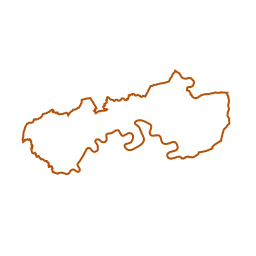 Bang Khla, Chachoengsao, Thailand, rotated 256°
{"feature_id": "78962969B14238280937071", "entity_name": "Bang Khla", "entity_type": "district", "adm_level": 2, "iso_a3": "THA", "parent_name": "Thailand", "parent_adm1": "Chachoengsao", "projection": "natural_earth1", "projection_center": [101.218, 13.751], "detail": "fine", "context": "isolated", "style": "outline", "palette": "amber", "viewbox_px": 256, "rotation_deg": 256, "n_neighbors": 0, "source": "geoboundaries", "source_scale": "gbopen_adm2", "svg_char_len": 5923}
<svg xmlns="http://www.w3.org/2000/svg" viewBox="0 0 256 256"><g transform="rotate(256 128 128)"><path d="M134.5,233.1L135.8,232.4L137.1,232.5L138.1,233.0L138.4,231.6L139.1,230.0L139.6,228.3L139.6,227.5L140.1,227.0L140.2,224.1L141.5,220.9L141.1,219.6L141.4,218.4L141.4,214.5L142.2,210.6L142.0,206.7L141.6,205.9L141.4,204.7L140.7,203.4L140.5,200.9L141.5,199.0L143.0,197.9L144.7,197.7L144.9,197.0L145.1,196.9L147.1,197.0L147.8,196.6L149.1,196.3L149.5,195.9L150.1,194.4L150.5,194.3L152.9,195.3L153.1,197.1L153.0,197.5L152.7,197.8L152.7,199.3L152.9,200.3L153.2,200.8L154.6,202.3L155.7,202.9L156.1,203.1L157.4,203.0L157.7,203.1L160.3,201.6L161.4,200.7L161.6,200.3L162.0,198.5L161.6,196.8L162.6,194.1L164.4,192.2L165.1,192.2L165.8,191.8L166.8,191.7L168.3,191.0L168.5,191.1L169.4,190.3L170.8,188.7L172.2,187.7L171.6,187.1L170.9,186.8L169.7,184.7L167.2,182.8L165.9,181.0L164.8,180.3L163.2,178.8L163.0,173.7L163.3,170.8L163.4,166.9L163.1,166.2L163.6,163.4L162.9,161.8L163.3,160.2L154.4,152.4L154.6,151.8L155.2,151.3L155.3,150.9L155.1,150.4L155.5,150.0L154.9,149.1L154.8,148.6L155.5,147.6L156.1,147.2L156.5,147.3L157.0,146.4L157.4,146.2L157.8,145.4L157.5,144.6L157.5,143.5L157.7,143.3L157.8,142.9L158.2,142.9L158.9,142.4L159.0,142.1L159.6,141.9L159.6,141.0L159.4,140.5L160.0,140.2L159.6,139.3L159.6,138.1L159.2,137.8L159.5,136.8L159.1,136.8L158.7,136.3L157.9,136.2L157.5,135.7L156.3,135.3L156.3,135.1L156.5,134.1L156.2,133.9L155.7,134.0L155.5,132.7L155.7,132.1L157.7,130.8L158.3,129.4L158.2,129.1L157.5,128.5L157.2,128.1L156.8,127.2L156.6,126.2L156.7,125.4L158.0,124.4L158.3,123.6L158.3,123.1L157.5,121.6L157.5,121.2L157.8,120.9L158.8,120.4L159.8,118.0L162.4,116.5L162.8,115.9L162.9,115.6L162.7,115.1L161.3,114.6L160.4,113.8L160.0,114.2L159.3,113.8L158.0,113.6L157.5,112.9L157.2,111.0L156.5,110.7L155.3,111.1L155.0,109.5L154.7,109.1L154.0,109.0L151.8,109.8L151.5,111.9L151.0,112.2L150.6,111.4L150.4,109.6L151.2,106.3L150.8,105.3L151.5,104.8L151.0,102.6L150.1,100.5L150.2,100.1L151.5,100.0L152.8,99.2L153.1,100.5L154.2,100.4L154.8,102.3L166.2,98.7L166.2,96.6L166.7,95.1L166.5,94.9L166.5,89.9L163.8,89.1L160.9,86.6L159.5,85.1L159.8,84.5L158.7,82.1L158.8,79.9L159.1,79.3L158.1,78.2L157.6,76.5L156.9,75.6L156.9,75.0L156.3,74.7L154.8,73.1L156.6,72.9L157.7,71.9L157.5,67.4L158.0,65.3L157.8,64.6L158.8,63.4L160.0,63.5L160.2,63.3L160.3,62.8L159.9,61.9L160.7,61.0L161.5,59.0L162.1,58.9L162.6,59.9L163.0,60.0L164.0,59.3L164.1,58.6L163.8,57.4L162.9,55.9L162.5,54.2L162.1,52.4L162.1,48.7L160.3,47.4L159.1,45.6L158.4,42.2L158.5,41.2L158.8,40.8L158.4,40.4L159.0,39.4L159.0,38.7L157.2,37.7L156.8,37.3L156.4,35.3L156.9,34.1L157.1,33.1L156.7,32.6L156.4,31.7L156.6,31.3L156.4,30.9L153.3,28.2L151.1,27.0L149.4,25.8L147.5,25.0L145.1,24.4L142.6,23.0L141.2,23.1L139.8,22.9L140.7,24.8L141.4,25.1L141.5,25.4L141.2,26.4L141.4,27.6L140.6,28.3L140.6,29.1L141.0,29.7L140.9,30.0L139.5,30.7L139.4,30.4L138.9,30.2L137.7,30.7L135.3,30.3L134.9,30.8L134.4,30.5L134.0,30.8L133.6,30.4L133.0,30.9L132.1,30.3L132.0,29.5L131.7,29.1L131.0,29.7L130.0,29.0L129.3,28.9L126.7,29.2L126.0,30.4L126.0,30.8L126.5,31.4L126.5,31.8L125.5,32.3L125.1,32.1L124.8,32.3L123.2,32.2L122.3,32.4L122.0,33.3L122.6,34.1L122.5,34.5L120.5,35.0L120.2,35.5L119.7,35.8L118.8,35.8L118.5,36.3L118.4,37.7L117.7,38.4L116.3,39.2L115.6,41.2L114.7,41.2L114.2,41.4L114.0,41.6L113.9,42.2L113.6,42.5L111.9,42.5L110.9,41.7L110.2,42.0L109.3,41.8L109.3,42.1L109.9,43.2L109.4,43.5L109.6,43.9L109.4,44.5L108.7,44.9L107.8,44.8L107.2,45.1L106.3,44.1L105.5,44.5L104.4,44.3L104.0,44.7L103.4,44.6L103.2,45.3L102.4,45.7L102.2,46.3L100.6,48.8L101.2,49.9L100.9,52.2L100.3,53.7L98.2,57.2L98.0,58.2L98.1,59.2L98.5,60.0L100.3,61.8L100.8,62.7L101.1,64.3L101.0,65.0L100.7,65.5L98.4,67.6L97.8,68.4L97.6,69.2L97.7,70.1L98.5,70.9L99.6,71.2L100.8,71.1L103.3,70.2L104.5,70.1L105.2,70.3L105.8,70.9L108.0,73.7L111.9,77.7L117.5,82.7L117.9,83.3L118.2,84.1L118.0,85.6L117.0,86.6L114.5,87.7L113.6,88.5L113.1,89.4L112.9,90.2L113.0,91.3L113.3,92.3L113.7,93.0L114.2,93.4L117.1,94.2L119.1,94.2L122.0,93.1L123.0,93.0L123.8,93.5L124.3,94.3L124.4,94.9L124.2,96.4L123.2,97.6L121.3,98.8L120.6,99.5L120.0,101.0L120.1,102.3L120.6,103.5L121.5,104.3L122.2,104.6L125.5,105.0L126.5,105.3L127.1,105.8L127.4,106.7L127.0,110.8L127.4,112.2L128.5,115.3L128.5,117.0L128.1,118.0L127.4,118.5L123.2,119.7L122.0,120.4L121.7,121.2L121.6,122.3L122.8,126.5L122.9,127.1L122.5,128.9L122.1,129.6L121.1,130.5L119.7,131.0L117.8,130.7L115.8,129.8L114.1,128.3L113.4,127.4L113.1,126.4L112.9,122.1L112.7,121.3L112.1,120.6L111.5,120.4L110.4,120.4L109.3,120.7L108.0,121.5L106.9,122.6L106.1,124.2L105.9,126.4L106.3,128.6L107.8,134.1L108.5,136.0L109.6,138.1L110.3,139.0L111.7,140.1L113.0,140.7L114.0,140.9L117.2,140.5L119.4,140.0L124.6,139.3L125.8,139.0L127.1,138.4L129.9,136.2L130.8,135.9L131.4,135.9L132.1,136.4L132.8,138.2L132.9,139.9L132.6,141.7L132.1,143.0L130.6,145.4L127.5,149.0L126.2,150.4L124.8,150.9L123.8,150.9L122.3,150.4L118.7,148.0L117.7,147.8L116.4,148.0L115.4,148.6L114.7,149.6L114.4,150.7L113.9,154.7L113.2,156.3L112.7,156.7L111.5,157.3L106.8,157.4L105.2,157.9L104.7,158.4L103.7,159.7L103.2,161.5L103.1,163.7L103.6,167.6L103.4,169.0L102.9,170.2L101.4,171.2L99.3,171.6L97.3,171.6L96.6,171.3L95.7,170.6L95.0,169.6L94.6,168.3L94.5,162.7L93.8,160.9L93.0,159.9L92.0,159.4L90.4,159.5L89.3,160.0L88.1,161.4L87.8,162.6L87.7,165.5L88.0,169.2L87.9,170.6L87.4,171.5L86.7,172.2L85.4,172.9L85.5,173.7L84.9,174.4L85.2,175.1L85.1,175.9L85.9,176.8L85.9,177.6L85.6,178.8L85.8,179.4L84.7,180.7L84.4,182.2L83.8,183.8L84.1,185.7L85.5,189.5L86.0,190.2L87.3,190.8L87.0,192.8L86.8,198.4L87.7,204.9L89.0,205.1L90.6,207.5L92.7,213.5L92.9,215.0L93.2,215.4L94.5,215.7L95.4,216.2L100.2,218.7L103.4,220.6L105.2,223.8L106.9,225.5L107.4,227.1L108.7,227.7L110.8,227.9L112.9,228.5L115.0,227.6L115.9,227.5L118.8,228.5L120.1,229.2L120.8,230.0L121.7,230.6L125.5,230.6L127.6,231.5L128.2,232.0L129.4,232.4L132.2,232.8L133.7,232.6L134.5,233.1Z" fill="none" stroke="#b45309" stroke-width="2"/></g></svg>